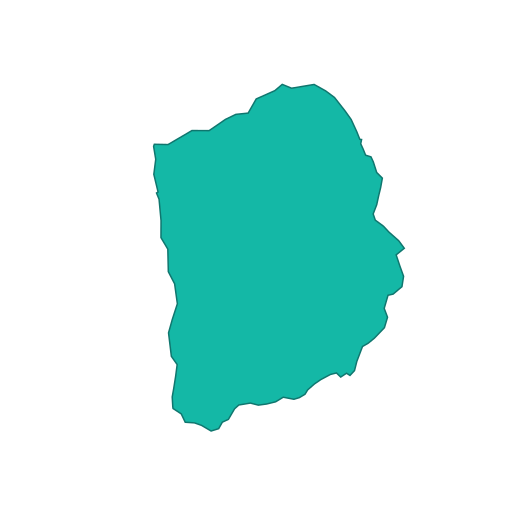 outline of Kelokedara, Paphos, Cyprus, rotated 315°
{"feature_id": "46923920B54949765658337", "entity_name": "Kelokedara", "entity_type": "district", "adm_level": 2, "iso_a3": "CYP", "parent_name": "Cyprus", "parent_adm1": "Paphos", "projection": "robinson", "projection_center": [32.643, 34.814], "detail": "fine", "context": "isolated", "style": "filled", "palette": "teal", "viewbox_px": 512, "rotation_deg": 315, "n_neighbors": 0, "source": "geoboundaries", "source_scale": "gbopen_adm2", "svg_char_len": 1364}
<svg xmlns="http://www.w3.org/2000/svg" viewBox="0 0 512 512"><g transform="rotate(315 256 256)"><path d="M230.2,141.1L227.6,147.3L213.9,163.8L201.8,175.8L198.5,188.8L182.9,205.1L178.8,218.1L166.6,234.2L151.9,241.7L139.8,248.5L132.2,258.2L125.2,267.1L123.5,277.0L114.3,284.1L104.0,291.6L97.1,296.4L90.6,303.7L89.5,305.2L91.5,314.8L88.4,323.5L94.5,330.5L97.7,337.2L100.5,348.0L107.5,351.7L114.7,349.7L121.0,352.0L132.8,348.9L138.5,349.2L148.0,356.0L152.2,363.1L158.9,368.2L166.8,373.0L175.4,375.1L181.5,384.1L186.5,386.8L192.9,388.4L197.9,387.2L206.9,387.8L214.4,389.2L224.9,392.4L230.2,395.6L230.3,401.5L237.1,402.9L238.0,406.9L241.6,406.8L244.6,406.7L252.8,401.8L267.3,395.3L273.7,397.0L281.6,397.8L296.1,397.5L305.7,392.3L309.6,383.7L321.6,377.1L326.0,379.9L333.1,380.5L337.5,380.9L346.0,374.7L350.7,364.7L355.9,354.3L366.3,355.4L367.7,346.2L366.9,332.9L367.2,325.1L365.7,315.0L368.6,309.1L377.6,305.1L385.7,299.9L392.3,295.9L400.4,290.3L400.4,282.3L405.5,272.4L407.4,267.2L404.8,262.2L407.3,256.3L409.4,250.7L413.0,248.3L411.9,246.9L415.1,239.5L419.8,226.8L421.5,216.7L423.6,199.4L422.0,188.5L418.4,175.8L399.8,162.5L395.9,153.2L386.3,152.4L367.2,145.1L351.5,149.4L341.9,141.6L331.0,137.8L311.5,134.2L299.4,122.0L272.6,115.0L263.1,105.1L261.1,106.1L253.5,116.7L241.5,126.0L232.0,141.5L230.2,141.1Z" fill="#14b8a6" stroke="#0f766e" stroke-width="1.5"/></g></svg>